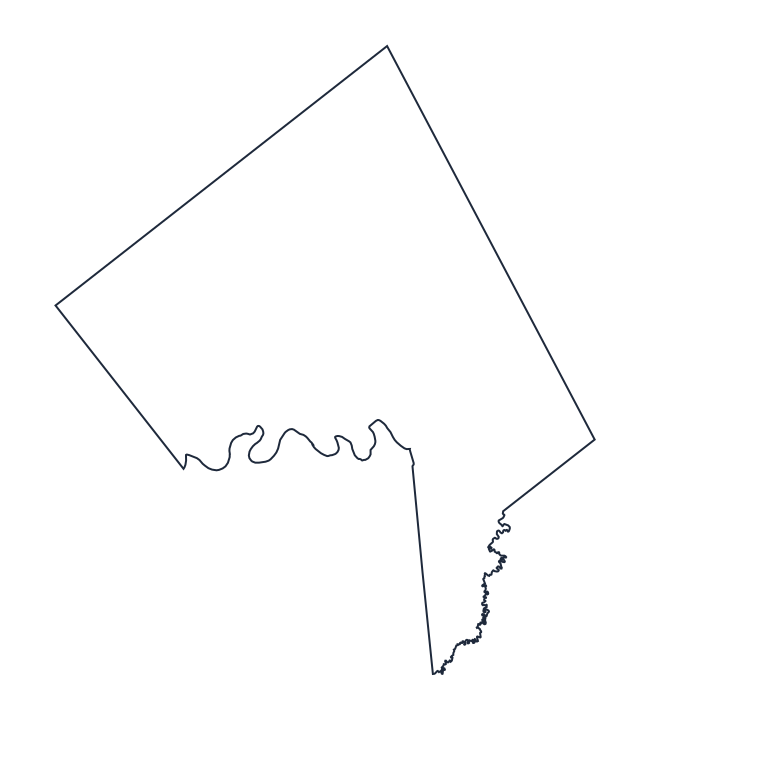 outline of Tarapacá, Amazonas, Colombia, rotated 322°
{"feature_id": "7082276B95886697546678", "entity_name": "Tarapacá", "entity_type": "district", "adm_level": 2, "iso_a3": "COL", "parent_name": "Colombia", "parent_adm1": "Amazonas", "projection": "albers", "projection_center": [-70.159, -2.606], "detail": "fine", "context": "isolated", "style": "outline", "palette": "slate", "viewbox_px": 768, "rotation_deg": 322, "n_neighbors": 0, "source": "geoboundaries", "source_scale": "gbopen_adm2", "svg_char_len": 6166}
<svg xmlns="http://www.w3.org/2000/svg" viewBox="0 0 768 768"><g transform="rotate(322 384 384)"><path d="M515.8,557.5L594.5,119.6L173.5,119.9L173.8,327.4L175.3,326.9L177.8,325.4L181.0,322.4L183.8,318.6L184.4,318.0L185.2,318.2L186.7,320.1L190.9,327.2L191.8,330.3L192.0,335.2L192.6,338.0L193.8,342.2L195.8,345.6L198.9,348.9L201.1,350.1L204.9,351.2L208.4,351.3L212.5,350.0L217.4,346.6L219.0,344.6L219.3,344.5L221.0,341.5L222.6,339.7L227.3,336.3L230.4,335.1L234.4,334.9L238.0,335.7L239.2,336.4L242.3,336.7L244.9,338.2L246.0,339.4L247.3,341.3L250.5,342.3L252.8,341.9L257.7,339.5L258.6,339.4L259.2,339.7L259.7,340.2L260.1,341.3L260.3,344.9L259.5,347.1L258.6,348.6L257.4,349.6L255.3,350.3L252.9,351.6L251.2,352.1L247.5,352.2L245.6,352.0L242.4,352.3L238.9,353.3L236.4,354.5L233.5,357.1L232.3,359.6L232.2,362.7L232.5,364.0L234.1,366.7L237.0,369.0L242.8,372.3L246.0,373.4L248.3,373.5L253.1,372.8L257.0,371.7L260.8,369.7L267.8,364.1L275.4,361.5L276.9,361.2L280.1,361.3L281.8,361.7L283.8,362.9L284.9,364.5L287.0,371.5L289.2,374.5L290.1,377.1L290.4,379.2L290.5,384.0L290.9,385.7L290.4,387.2L290.8,387.3L290.8,388.5L290.6,389.0L290.3,389.0L290.2,387.8L290.1,388.8L289.9,390.6L290.1,393.2L291.7,399.7L293.1,402.9L294.8,405.8L295.9,406.5L297.7,407.1L299.3,408.1L302.3,409.1L303.5,409.2L305.6,408.9L307.7,407.9L309.1,406.5L311.3,401.4L311.9,399.4L312.4,396.4L312.8,395.7L313.6,395.6L315.3,396.3L316.6,397.4L318.4,399.9L319.4,403.2L321.2,407.7L321.6,409.4L320.7,412.6L319.0,415.7L317.1,422.2L317.4,426.2L317.9,427.5L318.7,428.1L319.3,429.0L319.7,430.8L321.5,431.5L322.6,432.3L325.9,432.8L328.3,432.1L330.1,431.2L332.8,427.7L337.7,426.8L339.8,425.8L341.3,424.6L342.2,423.5L344.2,419.7L345.3,416.9L345.7,415.0L345.3,410.0L345.6,409.1L346.5,408.4L354.9,408.1L356.9,408.5L357.7,409.2L358.5,410.8L359.6,415.3L359.8,417.9L359.4,420.9L359.5,425.9L358.4,431.2L358.0,434.7L358.2,437.9L359.2,443.0L360.5,447.3L361.7,449.2L364.4,451.1L364.0,451.4L363.0,453.7L358.7,464.6L357.8,465.7L356.0,466.2L355.7,466.5L298.3,556.3L244.0,642.6L245.1,643.3L246.1,643.5L249.0,643.0L249.7,643.2L249.9,644.9L251.8,645.1L251.8,645.7L251.2,647.8L251.4,648.3L251.8,648.4L253.6,646.6L253.6,645.1L253.8,644.6L254.4,644.7L255.4,646.5L255.9,646.7L256.2,646.5L256.5,645.3L255.8,644.2L254.8,643.4L254.9,643.0L257.6,642.5L258.6,641.6L259.6,642.7L260.2,642.8L260.9,642.0L261.5,640.1L262.0,639.8L262.5,640.2L262.5,642.0L263.0,642.8L264.0,642.9L265.5,642.3L265.8,642.6L265.6,643.9L266.6,643.9L267.5,643.5L269.5,641.8L269.5,641.3L268.7,641.1L268.5,640.8L268.7,640.3L270.1,640.0L271.8,640.2L273.0,638.7L275.1,637.6L275.5,636.3L277.0,636.5L280.0,634.6L281.3,635.2L281.8,634.4L283.3,635.7L283.7,635.7L284.5,634.9L285.1,634.9L285.5,635.2L285.8,636.0L286.1,636.2L286.8,636.0L287.4,635.2L287.9,635.3L288.1,635.8L287.9,637.8L286.8,638.6L286.9,639.0L287.3,639.2L288.0,639.1L289.2,637.3L290.0,636.7L291.1,636.4L291.8,636.6L292.3,637.3L292.4,638.0L290.5,639.4L290.4,640.0L290.9,640.4L291.7,640.4L292.7,639.0L293.5,638.6L294.6,640.5L295.3,640.5L296.1,640.1L296.5,640.2L296.7,640.9L296.4,641.3L294.8,642.6L294.8,643.0L295.4,643.4L296.1,643.4L296.5,643.2L297.9,641.1L298.5,640.9L298.7,641.3L298.2,642.7L298.2,643.5L298.7,644.2L299.8,644.4L301.4,640.7L301.8,640.4L302.2,640.5L303.6,642.7L303.9,643.0L304.4,642.9L306.3,639.5L306.7,639.2L307.7,639.4L308.3,638.7L308.3,637.3L308.7,636.2L308.3,635.1L308.4,634.1L308.0,633.7L307.1,633.5L307.2,633.0L307.8,633.1L309.2,632.3L310.4,631.2L310.9,631.5L311.3,632.8L312.0,632.8L312.5,631.8L313.1,631.4L313.5,631.6L313.9,632.5L314.6,632.6L315.9,631.1L316.2,630.3L316.6,630.2L317.7,631.5L317.7,632.2L314.9,634.2L315.2,635.1L315.9,635.5L316.4,635.5L317.3,634.7L318.2,632.3L319.8,630.9L319.7,630.4L318.5,630.0L318.3,629.4L318.5,629.0L319.8,628.5L320.2,628.0L320.1,627.5L319.1,626.7L319.4,626.0L319.9,625.9L320.9,626.8L321.1,627.4L321.2,629.2L321.7,630.0L322.3,629.9L323.0,629.2L324.5,628.3L326.0,628.2L326.6,627.9L326.9,627.0L326.3,625.3L325.8,624.7L325.0,624.3L324.5,624.4L324.1,625.6L323.5,626.1L322.8,625.8L322.2,624.9L322.6,624.0L324.2,622.6L325.1,622.4L327.5,623.0L328.9,621.4L328.8,621.0L327.5,620.8L326.8,619.6L325.8,619.3L325.6,618.6L325.8,617.8L326.5,617.1L326.9,617.0L328.4,617.6L330.2,617.6L330.4,617.3L329.8,616.1L330.0,615.7L331.5,614.6L332.7,615.3L333.0,615.0L332.7,614.5L331.5,613.5L331.4,613.0L331.7,612.8L332.7,612.9L334.2,612.6L335.7,611.7L336.1,612.0L335.9,613.4L336.6,613.6L337.1,613.3L337.7,612.1L337.6,611.3L335.4,610.5L335.1,609.8L335.5,609.2L337.0,609.0L338.4,607.7L338.8,606.4L340.1,606.1L340.3,605.5L340.0,604.9L337.3,604.3L337.1,603.5L337.7,603.2L340.8,603.3L342.1,598.8L342.6,598.7L343.5,598.8L344.1,598.0L345.0,597.8L345.2,597.1L346.3,596.3L346.7,595.4L347.1,595.3L347.4,595.7L348.2,599.2L348.8,600.0L350.0,599.5L350.8,600.2L351.4,600.3L353.1,598.7L355.1,598.1L355.6,598.3L355.8,599.4L357.4,601.2L358.4,601.8L359.0,601.8L359.7,601.5L359.9,601.2L359.7,599.6L359.4,598.9L359.5,598.3L361.3,597.9L362.1,598.4L362.3,601.1L362.6,601.6L363.0,601.8L363.7,601.3L363.9,600.3L365.3,597.2L365.1,595.0L365.4,594.5L365.9,594.4L366.5,594.7L368.3,597.7L369.2,598.5L369.8,598.4L370.0,598.0L370.2,596.2L369.8,595.6L367.6,594.9L367.5,594.5L367.8,593.9L369.3,593.3L370.2,594.1L372.1,594.8L373.2,595.8L373.7,595.6L373.7,594.5L373.2,593.4L370.8,591.5L370.3,590.7L370.1,589.1L371.0,587.7L371.0,587.3L370.4,586.8L369.3,587.1L368.7,586.7L368.6,585.6L368.0,584.3L368.9,582.9L368.9,582.1L368.6,581.8L366.6,581.9L364.6,581.5L364.4,581.2L365.1,578.5L365.9,578.5L367.1,579.8L367.9,579.2L367.5,577.6L365.8,577.2L365.7,576.7L368.3,575.8L372.3,575.6L373.0,575.1L373.7,573.7L374.7,573.2L376.6,573.4L377.0,573.9L377.2,575.0L377.7,575.6L378.6,576.0L379.4,575.9L380.3,575.1L380.5,571.7L382.1,569.9L382.9,569.6L383.9,569.9L384.4,570.6L384.4,572.9L385.0,574.2L386.4,574.2L387.6,573.1L388.3,572.9L389.0,573.2L389.5,574.6L390.0,574.7L390.6,574.4L391.0,574.6L391.1,575.5L390.8,576.6L391.0,576.8L391.6,576.9L393.1,576.1L394.3,575.2L395.0,574.2L394.8,571.9L392.7,568.5L391.7,568.4L390.6,569.0L389.8,568.9L389.8,566.7L389.3,564.8L389.4,563.6L389.8,562.7L390.4,562.2L395.0,562.8L396.0,562.6L398.0,561.6L398.3,561.0L397.8,560.3L397.9,559.2L399.6,557.6L515.8,557.5Z" fill="none" stroke="#1e293b" stroke-width="2"/></g></svg>